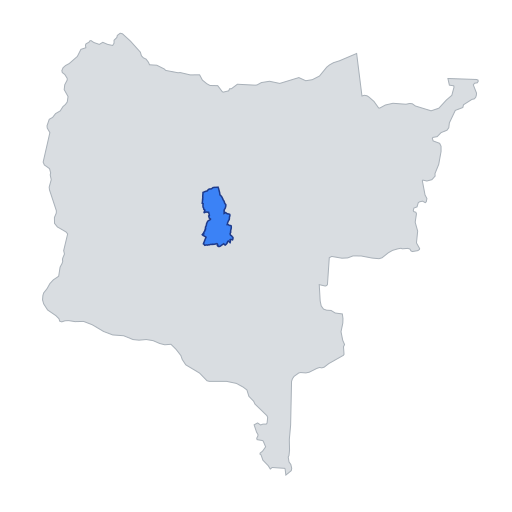 location of Lomela, Kasaï-Oriental, Democratic Republic of the Congo, rotated 272°
{"feature_id": "63176286B89784390033972", "entity_name": "Lomela", "entity_type": "district", "adm_level": 2, "iso_a3": "COD", "parent_name": "Democratic Republic of the Congo", "parent_adm1": "Kasaï-Oriental", "projection": "mercator", "projection_center": [23.11, -2.397], "detail": "fine", "context": "in_parent", "style": "filled", "palette": "blue", "viewbox_px": 512, "rotation_deg": 272, "n_neighbors": 0, "source": "geoboundaries", "source_scale": "gbopen_adm2", "svg_char_len": 8537}
<svg xmlns="http://www.w3.org/2000/svg" viewBox="0 0 512 512"><g transform="rotate(272 256 256)"><path d="M461.9,349.5L419.6,356.3L420.4,358.7L420.0,361.3L418.9,363.2L414.6,368.5L408.2,373.4L408.2,374.6L411.4,380.0L413.4,387.5L412.9,400.6L413.8,404.2L413.6,406.9L411.5,410.0L407.2,425.9L410.1,433.6L418.5,440.8L423.4,446.1L431.7,448.0L433.0,447.7L433.5,443.3L440.1,441.6L440.1,470.1L439.6,471.7L438.4,472.0L436.8,471.1L436.3,468.4L434.6,467.2L426.5,470.7L424.4,470.6L422.2,470.0L420.6,468.6L420.1,466.4L414.4,458.1L411.6,457.5L408.5,450.1L395.8,444.6L390.9,444.2L388.4,442.5L385.8,436.7L381.6,432.9L380.7,428.7L379.8,428.1L377.2,429.0L375.0,435.6L372.1,437.1L366.9,437.3L353.9,435.4L344.6,432.0L342.1,432.2L338.4,429.1L336.9,424.1L337.7,420.1L337.0,419.6L322.9,422.8L319.4,424.8L316.2,424.3L315.2,423.3L316.6,420.6L315.9,417.6L314.9,416.3L310.7,415.2L309.4,412.1L306.8,411.6L305.9,412.1L305.3,414.2L303.8,414.9L295.3,413.9L286.5,416.7L274.7,415.9L269.1,419.3L268.2,419.1L267.0,417.5L265.9,412.1L266.5,410.7L268.3,409.6L268.9,407.4L268.3,401.9L268.8,400.6L268.1,397.4L266.4,392.3L263.9,388.2L258.6,382.0L257.6,379.0L258.0,372.1L259.7,361.1L259.5,353.0L257.3,347.7L256.8,342.0L258.2,331.7L256.9,329.3L230.0,328.4L228.9,327.6L228.4,326.2L229.6,320.2L213.3,321.7L208.4,322.9L205.3,325.3L204.3,328.5L204.2,332.9L201.8,337.1L201.1,344.3L196.5,345.1L192.0,345.1L183.3,343.6L174.8,345.6L170.6,347.6L168.4,346.6L160.8,347.4L159.8,346.8L151.1,332.6L147.2,327.9L146.5,325.6L146.8,323.4L145.7,320.5L141.7,313.2L140.9,309.9L141.1,304.6L140.6,302.8L137.0,298.2L134.6,296.7L131.9,295.9L88.1,296.5L73.6,295.7L63.0,296.3L57.7,295.9L56.2,295.2L51.3,296.2L48.8,298.1L45.0,299.1L42.7,298.7L38.1,293.5L44.3,292.5L44.8,292.0L45.2,279.5L43.6,277.7L46.9,275.5L52.2,270.0L57.4,268.0L58.1,266.9L59.2,267.0L61.1,269.3L65.6,272.3L71.2,269.7L71.8,268.9L72.5,263.5L73.9,263.1L76.3,264.2L77.6,264.2L80.0,262.7L87.2,260.0L89.2,263.4L87.3,266.5L88.2,268.7L88.4,272.2L89.5,272.9L95.1,273.3L96.8,272.5L107.9,260.2L110.8,258.7L115.5,253.8L121.8,251.6L124.5,247.8L128.0,240.8L129.7,230.9L129.1,213.7L129.6,211.4L137.0,203.7L144.8,189.6L150.0,185.9L153.9,184.4L160.0,179.3L164.8,174.1L164.1,167.9L165.2,162.8L167.8,156.2L168.7,149.3L167.8,142.0L168.2,136.0L171.7,126.5L172.1,115.6L175.2,106.4L181.6,94.7L184.6,86.0L184.1,77.4L184.9,71.1L184.6,67.4L183.4,64.2L184.0,62.1L186.4,61.3L189.4,58.1L194.8,49.6L200.7,45.5L204.7,44.2L209.0,44.4L211.7,45.1L216.2,48.4L221.3,51.0L225.1,54.3L228.9,59.5L238.0,60.6L241.9,62.5L244.2,63.1L245.1,62.7L247.0,62.9L251.3,64.5L254.7,63.6L271.5,67.0L273.4,65.3L278.1,56.5L281.6,53.5L287.4,53.2L291.9,54.9L294.3,54.9L314.9,47.3L317.6,46.9L325.1,48.7L329.9,47.5L331.9,47.9L336.1,46.6L339.6,41.3L342.4,40.0L372.1,45.7L376.6,42.9L378.8,42.6L385.4,44.6L387.4,47.9L391.3,50.7L394.2,55.3L398.6,57.9L400.8,60.3L403.4,62.0L408.8,62.6L415.6,58.5L420.5,58.9L425.3,61.2L427.0,61.1L430.7,58.6L432.6,56.0L434.5,55.5L437.4,56.6L439.7,59.0L441.8,62.6L449.2,70.5L456.4,73.8L458.2,78.7L460.7,78.2L462.1,78.7L463.9,81.7L465.2,82.4L465.5,83.6L463.7,86.5L462.0,92.0L464.2,95.4L462.3,100.3L461.4,105.4L463.7,106.7L466.7,106.6L469.5,109.3L471.6,109.7L473.9,112.5L473.4,114.8L466.3,123.1L455.7,133.3L452.1,134.5L450.2,136.4L448.9,139.3L445.8,141.8L443.4,142.9L443.2,150.2L439.7,157.8L438.3,159.3L436.4,171.7L436.7,173.8L434.7,183.9L435.1,193.3L429.9,196.3L426.4,200.9L424.8,204.1L424.9,211.8L419.1,216.5L418.6,217.5L420.1,222.9L422.2,223.8L422.3,225.6L427.0,231.4L426.7,249.3L427.0,251.1L429.5,255.3L431.1,263.4L429.3,273.7L435.8,292.6L432.9,299.6L434.2,306.2L438.1,313.2L447.2,320.1L449.6,322.9L451.9,326.7L454.0,332.6L461.9,349.5Z" fill="#d9dde1" stroke="#a8b0b8" stroke-width="1"/><path d="M266.3,203.0L266.2,203.2L266.1,203.3L266.0,203.5L265.9,203.6L265.7,203.8L265.3,204.1L264.9,204.4L264.9,204.5L265.0,204.7L265.0,204.8L265.1,205.0L265.1,205.3L265.3,205.8L265.3,206.5L265.2,206.7L265.2,207.3L265.6,208.3L265.5,208.7L265.5,208.9L265.5,209.0L265.9,209.8L266.0,210.2L266.0,211.1L266.1,211.4L266.0,211.8L266.3,212.3L266.1,212.7L266.2,213.0L266.2,213.3L266.2,213.5L266.3,213.6L266.3,213.8L266.5,214.8L266.7,215.1L266.6,215.4L266.7,215.8L266.7,216.2L266.9,216.4L267.0,216.5L266.9,216.7L266.8,216.8L266.7,216.9L266.6,217.0L266.4,217.1L266.2,217.1L265.9,217.3L265.7,217.4L265.4,217.6L265.1,217.5L265.0,217.4L264.9,217.2L264.5,217.6L264.2,218.1L264.2,218.9L264.3,219.3L264.6,220.0L265.6,221.2L267.0,223.2L267.1,223.3L265.9,224.6L265.8,224.8L266.0,225.0L266.4,225.5L266.7,225.7L266.9,226.0L267.2,226.1L267.3,226.2L267.5,226.5L267.9,226.6L268.1,226.6L268.2,226.8L268.6,226.9L269.3,227.2L269.6,227.2L269.9,227.5L270.4,227.5L270.5,227.4L268.4,229.6L268.6,229.7L269.2,229.8L270.0,229.9L270.5,229.8L271.0,229.7L271.3,229.5L271.5,229.7L271.6,229.9L271.5,230.1L271.7,230.5L271.6,230.8L271.5,231.1L271.3,232.0L271.8,232.2L272.4,232.3L273.1,232.4L273.3,232.4L273.7,232.3L274.0,232.1L274.3,231.7L275.4,230.8L275.6,230.5L275.8,229.9L276.0,229.8L276.4,229.6L276.7,229.5L277.2,229.3L277.5,229.4L278.0,229.5L278.5,229.7L278.8,229.9L279.1,229.9L279.3,229.8L279.5,229.8L279.8,229.7L280.0,229.8L280.4,229.8L281.2,229.9L281.6,230.0L281.8,230.1L282.0,230.1L282.5,230.2L283.1,230.3L283.6,230.3L284.2,230.3L285.0,230.2L285.3,230.1L285.5,229.8L285.6,229.3L285.6,228.3L285.7,228.2L286.3,227.3L286.4,226.9L286.4,226.4L286.4,226.1L287.3,226.4L287.6,226.4L288.0,226.4L288.4,226.5L289.6,227.0L290.2,227.2L290.9,227.6L291.2,227.9L291.4,228.0L291.9,228.0L292.2,228.1L293.8,228.1L294.2,228.1L294.8,228.4L295.3,228.5L295.9,228.5L296.7,228.3L296.8,228.1L297.1,226.9L297.2,226.1L297.2,225.8L297.4,225.5L297.6,225.1L298.2,224.4L298.4,224.1L298.3,223.9L298.3,223.7L297.7,223.2L297.4,222.6L297.9,222.6L298.2,222.7L298.5,222.7L298.9,222.6L299.2,222.5L299.7,222.7L300.1,222.7L300.3,222.5L300.5,222.5L301.0,222.6L301.5,222.9L301.8,223.0L302.0,223.2L302.2,223.3L302.8,223.6L303.0,223.7L303.6,223.8L304.4,224.0L305.1,224.1L305.4,224.1L305.6,224.0L306.1,224.1L306.3,224.0L306.5,223.9L307.3,223.1L307.9,222.8L308.0,222.7L308.8,222.5L309.0,222.4L309.4,222.3L309.8,222.1L310.5,221.6L311.0,221.2L311.3,221.0L311.7,220.9L312.0,220.8L312.3,220.7L312.7,220.4L313.0,220.3L313.1,220.2L313.8,219.8L314.1,219.6L314.3,219.5L314.4,219.4L314.5,219.2L314.8,219.0L315.0,218.8L315.3,218.6L315.6,218.1L315.9,217.8L316.0,217.8L316.6,217.7L317.2,217.6L318.3,217.4L320.6,216.7L322.5,216.1L323.5,215.6L323.4,215.4L323.3,214.7L323.2,212.8L323.1,211.7L322.8,210.5L322.4,210.1L321.8,209.4L321.5,208.8L321.4,207.8L321.3,206.9L320.7,206.0L319.8,205.3L319.4,205.1L319.1,204.2L318.8,203.2L318.4,202.3L317.9,201.3L317.7,200.8L316.8,200.8L316.1,200.8L314.8,200.7L314.2,200.7L313.7,200.7L313.2,200.7L312.8,200.8L312.1,200.8L311.9,200.7L311.5,200.7L311.4,200.7L311.0,200.8L310.6,200.8L310.4,200.6L309.9,200.7L309.7,200.6L309.4,200.6L308.9,200.6L308.5,200.6L308.2,200.5L307.8,200.5L307.6,200.5L307.3,200.4L306.8,200.4L306.8,200.7L306.6,200.8L306.6,201.1L306.5,201.3L306.4,201.4L305.7,201.3L304.7,201.2L303.8,201.3L303.3,201.3L302.9,201.4L302.7,201.6L302.5,201.8L302.3,201.9L302.0,202.0L301.7,202.0L301.4,202.1L301.0,202.1L300.8,202.3L300.6,202.5L300.4,203.1L300.2,203.2L299.8,203.3L299.4,203.1L298.0,202.6L297.6,202.6L297.5,202.8L297.6,203.2L297.9,203.6L298.1,204.2L298.2,204.4L298.3,204.7L298.2,204.9L298.1,205.4L298.2,205.6L298.2,205.8L298.0,206.5L298.1,206.9L298.1,207.1L295.2,208.0L294.9,208.0L294.7,207.6L294.4,207.3L292.2,208.0L291.6,209.0L291.3,209.3L291.1,209.2L290.8,209.0L290.7,208.9L290.5,208.6L290.2,208.3L290.2,208.1L290.0,207.8L289.6,207.1L289.3,206.8L288.8,206.4L288.1,206.1L287.2,205.7L286.6,205.5L286.4,205.4L285.6,205.4L285.4,205.3L285.1,205.3L284.9,205.2L284.5,205.2L284.4,205.1L283.8,204.9L283.5,204.7L283.3,204.6L283.2,204.5L282.8,204.5L282.7,204.5L282.3,204.5L282.1,204.6L281.9,204.6L281.7,204.7L281.1,204.5L280.8,204.5L280.8,204.3L280.8,204.2L280.7,204.2L280.4,204.2L280.0,204.1L279.9,204.0L279.7,204.1L279.3,204.0L279.2,204.0L279.0,203.7L278.7,203.5L278.4,203.4L278.2,203.2L277.9,203.1L277.7,203.0L277.6,202.9L277.3,203.0L277.0,202.9L276.8,203.0L276.7,203.0L276.4,203.1L276.3,202.8L276.2,202.8L276.0,202.4L276.1,202.2L275.8,202.2L275.7,202.0L275.6,201.9L275.4,201.6L275.2,201.8L275.0,202.0L274.9,202.2L274.7,202.4L274.6,202.6L274.5,202.9L274.4,203.1L274.3,203.3L274.2,203.5L273.9,203.9L273.8,204.1L273.7,204.3L273.6,204.7L273.5,204.9L273.4,205.0L273.2,205.3L272.8,205.4L272.7,205.3L272.5,205.2L272.2,205.1L271.9,205.0L271.4,204.8L271.0,204.6L270.4,204.4L269.9,204.3L269.5,204.1L268.6,203.8L268.0,203.6L267.6,203.4L267.2,203.3L267.0,203.2L266.8,203.1L266.3,203.0Z" fill="#3b82f6" stroke="#1e3a8a" stroke-width="1.5"/></g></svg>